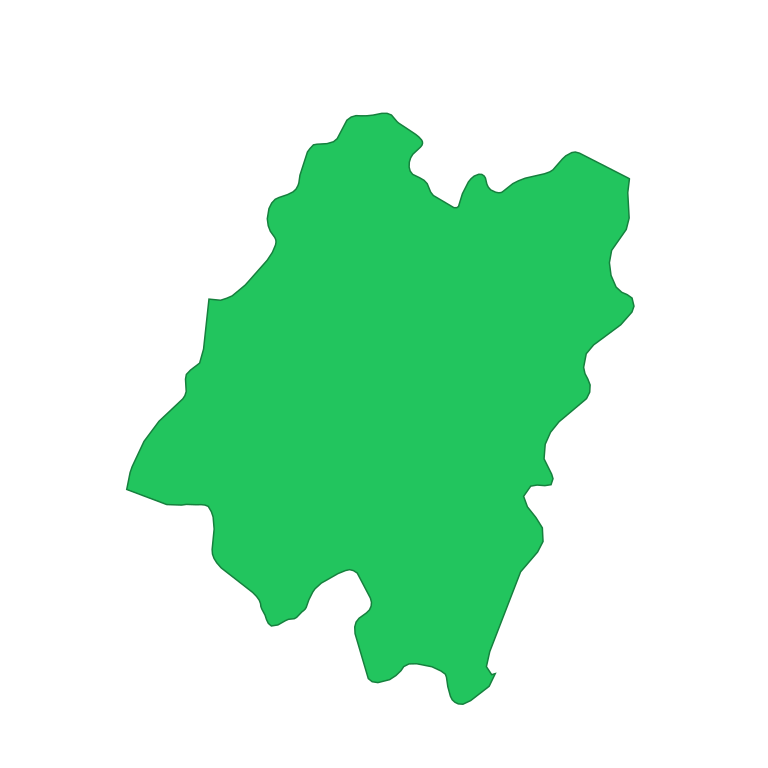 outline of Lori, rotated 110°
{"feature_id": "ARM-1674", "entity_name": "Lori", "entity_type": "Province", "adm_level": 1, "iso_a3": "ARM", "parent_name": "Armenia", "parent_adm1": "", "projection": "natural_earth1", "projection_center": [44.445, 40.946], "detail": "fine", "context": "isolated", "style": "filled", "palette": "green", "viewbox_px": 768, "rotation_deg": 110, "n_neighbors": 0, "source": "natural_earth", "source_scale": "10m", "svg_char_len": 2835}
<svg xmlns="http://www.w3.org/2000/svg" viewBox="0 0 768 768"><g transform="rotate(110 384 384)"><path d="M599.3,193.1L614.6,191.1L620.3,183.4L618.1,180.4L632.1,181.8L651.9,194.3L657.9,200.3L659.2,204.8L658.8,208.5L657.4,211.9L654.7,214.8L646.6,220.5L638.2,225.0L635.7,227.1L634.2,232.3L633.3,242.2L635.7,257.6L638.5,264.8L642.8,268.8L647.6,270.0L653.9,273.1L659.9,277.6L666.7,287.6L667.8,293.3L666.2,298.0L628.5,325.8L622.3,328.4L617.2,328.8L612.6,327.3L605.1,322.2L601.2,320.4L597.1,320.1L593.4,321.1L589.8,323.6L570.8,344.5L569.8,348.9L570.2,352.8L572.4,356.3L577.9,362.4L592.5,374.8L600.1,378.8L603.9,379.8L612.4,380.8L620.5,380.7L622.5,381.1L624.5,382.1L626.2,383.2L633.2,386.3L635.2,388.0L637.8,393.3L640.0,395.6L646.7,401.3L649.9,407.1L648.5,410.8L645.5,413.9L641.9,416.7L637.1,422.0L635.2,423.6L632.6,424.9L629.8,427.3L627.2,431.1L624.8,436.1L612.5,474.1L609.3,479.9L606.1,484.0L602.5,487.0L598.3,488.9L578.4,494.0L567.4,499.1L563.1,502.5L559.1,507.3L559.0,510.9L559.9,514.6L561.6,518.9L564.7,528.5L567.0,532.8L571.6,547.0L571.1,589.7L554.0,592.3L547.8,592.4L520.0,589.9L496.0,582.7L466.8,568.0L463.0,567.1L458.7,567.3L447.3,572.2L442.6,573.0L437.1,570.6L427.4,564.4L412.9,565.5L364.1,577.5L361.2,566.2L357.1,561.0L353.1,556.8L338.4,548.2L307.7,536.1L298.4,533.9L290.4,533.5L287.6,534.0L285.5,535.0L283.7,536.7L279.4,543.0L274.9,546.9L268.6,550.2L258.5,552.1L252.3,551.4L247.6,549.4L244.7,546.5L239.0,539.4L234.6,535.2L230.9,533.3L226.9,532.7L224.1,532.8L216.5,534.4L192.1,535.3L188.1,534.1L183.4,532.1L181.6,529.0L177.6,519.7L173.6,514.3L169.5,511.9L148.8,509.1L144.4,506.2L141.4,502.1L139.9,497.4L137.8,491.8L135.1,486.3L130.4,478.6L128.6,473.7L128.7,469.0L133.0,461.5L133.8,459.5L138.6,439.6L140.0,435.6L141.8,432.2L142.4,431.5L143.3,430.7L144.7,430.1L146.6,430.0L148.8,430.7L158.3,435.5L162.3,436.3L166.8,436.1L171.5,434.6L174.9,432.3L177.2,428.8L178.0,421.0L178.9,416.0L181.0,411.9L187.7,405.8L190.0,402.1L194.4,378.6L193.4,375.9L191.7,374.7L178.4,375.4L165.3,373.8L161.3,372.4L157.8,370.4L154.5,366.7L153.6,363.8L154.3,361.0L155.8,359.1L161.0,355.7L163.3,353.4L165.1,350.1L165.6,344.7L165.1,341.6L163.9,339.2L162.3,338.0L151.7,331.5L147.2,327.3L142.3,321.7L131.5,305.0L127.9,300.7L125.0,298.5L111.5,293.3L107.4,291.2L102.3,286.7L100.6,283.6L100.2,279.3L107.0,224.6L107.2,223.6L107.4,223.5L120.8,220.4L144.2,210.4L155.9,209.2L180.6,215.8L192.9,213.7L204.3,207.8L213.5,199.1L216.5,192.0L216.9,185.8L218.4,180.3L225.4,175.7L231.6,175.6L247.4,181.8L275.6,200.4L286.4,204.3L300.1,202.1L305.5,198.7L309.7,194.1L314.4,190.0L321.3,187.9L328.5,188.7L359.6,206.6L372.4,211.0L385.5,211.9L399.6,208.0L411.4,195.6L415.2,192.8L421.5,192.6L424.5,198.1L426.6,205.6L429.8,211.2L441.8,214.4L450.4,207.2L457.5,195.6L465.0,186.0L477.6,180.7L489.4,182.2L513.8,191.4L599.3,193.1Z" fill="#22c55e" stroke="#15803d" stroke-width="1.5"/></g></svg>